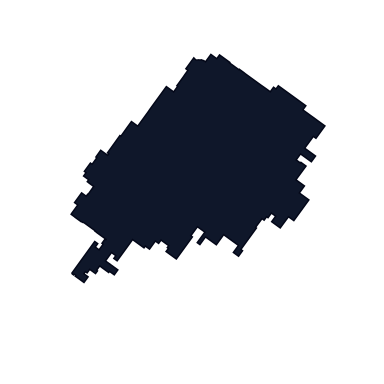 Murchison, Western Australia, Australia (Robinson projection), rotated 36°
{"feature_id": "25037944B75354234976201", "entity_name": "Murchison", "entity_type": "district", "adm_level": 2, "iso_a3": "AUS", "parent_name": "Australia", "parent_adm1": "Western Australia", "projection": "robinson", "projection_center": [116.097, -27.009], "detail": "fine", "context": "isolated", "style": "filled", "palette": "ink", "viewbox_px": 384, "rotation_deg": 36, "n_neighbors": 0, "source": "geoboundaries", "source_scale": "gbopen_adm2", "svg_char_len": 4248}
<svg xmlns="http://www.w3.org/2000/svg" viewBox="0 0 384 384"><g transform="rotate(36 192 192)"><path d="M291.2,155.3L291.2,149.5L291.2,146.6L291.2,129.7L285.6,129.7L284.7,129.7L279.4,129.7L279.4,125.2L279.4,121.0L275.4,121.0L268.9,121.0L269.0,104.0L266.6,104.0L264.2,104.0L263.0,104.0L262.7,104.0L262.7,104.8L260.2,104.8L257.4,104.8L257.4,97.4L263.1,97.4L270.8,97.4L270.8,90.3L270.4,90.3L264.0,90.3L263.2,90.3L260.1,90.3L259.8,90.3L259.0,90.3L258.7,90.3L258.4,90.3L257.4,90.3L257.5,75.7L260.7,75.7L260.7,69.8L260.7,69.6L260.7,67.9L260.7,67.6L260.7,66.3L260.7,66.2L260.7,61.2L260.7,60.4L258.7,60.4L257.1,60.4L256.1,60.4L251.5,60.4L240.8,60.4L233.4,60.4L233.4,55.3L223.8,55.3L215.7,55.3L213.8,55.3L212.2,55.3L211.0,55.3L209.1,55.3L199.4,55.3L199.4,59.3L196.4,59.3L196.4,64.9L192.3,64.9L190.3,64.9L184.6,65.0L178.1,65.0L172.0,65.0L169.1,65.0L167.5,65.0L165.5,65.0L163.8,64.9L162.2,64.9L160.3,64.9L158.1,64.9L158.1,65.5L157.3,65.5L156.9,65.5L155.6,65.5L154.0,65.5L146.4,65.5L146.4,64.9L142.4,64.9L138.5,64.9L133.7,64.9L133.7,69.6L126.4,69.6L126.4,78.7L126.2,78.7L124.9,78.8L124.3,78.8L123.9,79.1L123.4,79.1L122.8,79.4L122.2,79.4L121.7,79.7L121.2,80.4L120.8,80.5L120.4,80.9L120.1,81.0L119.6,81.3L119.3,81.5L119.1,81.7L119.0,82.0L118.6,82.3L118.4,82.4L118.3,82.5L117.8,82.7L117.6,82.8L117.4,82.8L116.7,82.8L114.6,82.4L114.6,88.4L114.6,95.3L114.6,95.9L117.2,95.9L117.2,97.4L117.2,97.9L117.2,98.7L117.2,99.2L117.2,100.4L117.2,100.9L117.3,103.9L117.3,104.3L117.3,107.3L117.3,107.7L117.3,108.6L117.3,109.0L117.3,110.3L117.3,110.7L117.3,112.0L117.3,112.5L117.3,113.7L117.3,114.0L117.3,114.9L117.6,114.9L118.3,114.9L118.3,115.3L118.3,121.8L117.1,121.8L116.6,121.8L109.3,121.8L109.3,122.2L109.3,122.6L109.3,123.9L109.3,124.3L109.3,125.6L109.3,126.0L109.3,127.6L109.3,128.5L109.3,128.9L109.3,132.2L109.3,133.0L109.3,135.2L109.3,136.0L109.3,138.1L109.3,139.0L109.3,141.1L109.3,142.0L109.3,144.1L109.3,145.0L109.3,147.1L109.3,148.0L109.3,149.2L109.3,150.1L109.4,152.2L109.4,152.6L109.4,156.7L109.4,170.6L101.6,170.6L101.6,178.9L101.7,188.7L100.5,188.7L100.6,210.0L102.2,210.0L102.2,211.9L93.6,211.9L93.7,220.2L94.9,220.2L94.9,228.3L92.8,228.3L92.8,238.6L93.9,238.6L94.9,238.6L94.9,240.7L94.9,242.8L96.4,242.8L98.2,242.8L99.4,242.8L101.2,242.8L101.2,245.2L103.7,245.2L103.7,245.3L108.8,245.3L109.2,245.3L109.3,252.2L109.3,255.2L108.9,255.2L108.9,257.6L103.2,257.6L103.2,269.4L103.2,269.6L104.4,269.6L105.6,269.6L107.2,269.6L107.2,272.7L107.2,279.4L107.2,279.9L107.3,281.1L107.8,281.1L110.1,281.1L110.9,281.1L111.6,281.1L112.0,281.2L113.2,281.2L114.3,281.2L115.5,281.2L116.1,281.2L116.3,281.2L117.4,281.2L118.1,281.2L120.0,281.2L120.4,280.8L121.3,280.8L121.6,280.8L122.2,280.5L122.5,280.3L122.9,280.3L123.5,280.3L123.8,280.3L125.3,280.3L126.0,280.3L126.4,280.3L126.5,280.3L127.3,280.3L128.6,280.3L129.8,280.3L130.5,280.3L131.2,280.3L131.3,280.3L132.9,280.3L133.3,280.3L133.7,280.3L135.7,280.3L136.3,280.7L137.0,280.7L138.5,280.7L138.6,280.8L139.6,280.8L140.0,280.8L141.7,280.8L142.5,280.8L144.1,280.8L144.5,280.8L145.4,280.8L145.8,280.8L147.8,280.8L149.5,280.8L150.3,280.8L150.3,281.1L149.3,281.1L149.3,286.4L150.8,286.4L150.8,293.4L146.1,293.4L146.1,289.2L144.7,289.2L142.4,289.2L142.5,328.2L143.3,328.7L144.1,328.7L144.9,328.7L144.9,327.7L147.0,327.7L147.0,328.7L157.8,328.7L157.8,321.7L152.6,321.7L152.6,319.1L154.7,319.1L154.7,314.7L161.9,314.7L161.9,311.4L160.8,311.4L160.8,306.1L171.9,306.1L171.9,304.7L177.8,304.7L177.8,298.6L162.5,298.6L162.5,292.5L162.5,288.3L167.8,288.3L167.8,291.7L171.9,291.7L171.9,274.0L171.9,265.4L186.0,265.4L186.0,263.2L191.2,263.2L191.2,255.7L191.2,253.2L195.2,253.2L195.2,249.1L199.9,249.1L204.7,249.1L204.7,251.5L206.1,251.5L206.0,255.4L210.8,255.4L218.3,255.4L218.7,255.4L218.7,251.5L218.7,232.9L218.7,230.0L218.7,229.7L218.7,228.1L216.8,228.1L216.8,216.9L226.0,216.9L226.0,229.9L229.3,229.9L229.3,220.4L242.7,220.4L242.7,207.9L261.0,207.9L261.0,216.6L263.6,216.6L267.4,216.6L267.4,214.7L267.4,210.5L267.4,209.8L266.7,209.8L265.3,209.8L265.3,188.2L265.3,187.8L265.3,183.3L264.2,183.3L264.3,172.4L266.9,172.4L266.9,169.3L266.9,168.1L268.6,168.1L268.6,162.4L269.0,162.4L272.8,162.4L273.6,162.4L273.9,162.4L273.9,169.2L284.5,169.2L284.5,165.5L284.6,155.3L291.2,155.3Z" fill="#0f172a" stroke="#020617" stroke-width="1.5"/></g></svg>